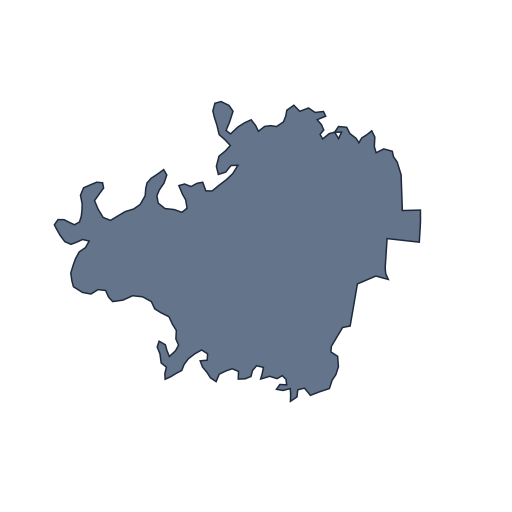 outline of Paraíso, Santa Catarina, Brazil, rotated 58°
{"feature_id": "56859067B88081254239904", "entity_name": "Paraíso", "entity_type": "district", "adm_level": 2, "iso_a3": "BRA", "parent_name": "Brazil", "parent_adm1": "Santa Catarina", "projection": "mercator", "projection_center": [-53.691, -26.665], "detail": "fine", "context": "isolated", "style": "filled", "palette": "slate", "viewbox_px": 512, "rotation_deg": 58, "n_neighbors": 0, "source": "geoboundaries", "source_scale": "gbopen_adm2", "svg_char_len": 2799}
<svg xmlns="http://www.w3.org/2000/svg" viewBox="0 0 512 512"><g transform="rotate(58 256 256)"><path d="M397.5,303.8L397.2,295.9L391.6,291.5L393.8,284.9L403.0,283.7L404.7,274.7L407.3,264.0L401.7,257.3L398.9,251.1L393.5,244.7L384.3,239.9L377.0,243.3L372.5,239.9L362.5,220.4L365.3,213.3L333.4,184.8L336.5,165.0L346.0,156.2L339.8,155.4L334.6,152.8L310.7,135.6L330.8,110.2L318.2,101.2L313.7,98.1L304.2,92.2L295.0,107.8L264.0,89.9L251.1,86.5L244.7,86.8L239.4,84.9L232.9,90.9L232.1,99.4L226.0,97.7L218.1,92.2L211.1,91.5L211.9,97.7L211.9,103.7L214.5,108.8L209.2,108.8L201.9,111.5L194.9,110.9L189.9,117.4L192.7,123.7L191.0,129.0L192.1,137.4L186.8,137.2L185.1,131.8L179.2,130.9L172.8,131.9L174.4,122.8L169.2,122.2L165.6,129.8L158.3,133.0L156.5,142.2L148.2,144.0L148.7,152.6L153.1,156.6L156.8,161.6L157.1,170.0L153.2,174.5L150.7,180.0L151.5,187.9L145.3,187.2L137.9,187.9L137.0,195.1L137.0,202.9L139.0,212.9L133.6,214.8L128.3,207.3L121.1,198.8L114.0,199.1L106.5,203.8L104.7,209.9L110.1,215.7L115.9,217.7L124.3,219.8L133.6,222.9L141.1,220.7L148.7,219.2L150.7,226.4L151.7,234.5L159.0,242.1L166.9,244.7L168.8,237.3L166.0,229.3L169.5,223.3L173.8,232.0L175.6,240.9L176.5,250.5L177.6,258.7L174.2,264.0L165.2,262.1L163.1,267.5L162.7,274.3L157.1,278.4L155.4,284.1L164.7,285.6L171.1,285.9L178.9,289.1L179.7,295.7L173.3,300.7L167.5,308.1L159.3,310.9L152.4,308.1L148.8,303.1L145.4,295.3L140.0,288.7L133.8,288.5L134.4,296.9L134.5,303.7L136.3,309.7L140.3,313.7L146.2,318.1L150.9,326.9L151.3,334.8L149.0,343.5L148.8,352.9L148.7,360.5L142.3,365.2L132.7,365.1L123.5,363.6L120.2,355.8L117.6,349.2L112.6,347.3L109.0,352.0L107.9,358.6L106.8,366.1L111.5,372.7L119.7,375.8L125.2,379.5L129.9,383.3L133.6,387.7L133.3,393.4L128.1,396.8L123.5,399.5L120.2,404.6L122.7,410.5L128.1,410.9L134.7,411.2L142.6,410.5L148.1,406.7L149.3,400.5L150.1,394.3L154.9,389.6L158.5,396.1L158.8,403.7L162.7,410.6L166.9,415.9L172.4,422.2L179.5,425.3L185.3,427.1L194.9,422.5L200.8,416.1L200.8,407.8L205.5,401.8L212.8,402.8L218.7,401.7L222.9,392.3L224.3,381.7L230.4,373.9L239.2,368.9L247.2,369.9L253.7,366.7L261.4,362.0L269.4,363.0L276.9,363.0L283.9,367.9L290.6,368.9L293.7,374.5L295.3,382.7L289.2,381.7L283.3,379.9L276.9,383.3L280.8,388.0L288.1,389.3L296.4,393.1L302.8,390.9L307.4,395.6L312.4,398.4L313.2,392.3L313.2,386.5L313.7,379.6L309.8,374.3L307.3,367.7L306.5,359.5L306.9,351.9L313.3,348.9L318.5,352.6L315.3,358.9L321.7,360.2L329.2,359.2L335.1,359.2L341.4,356.4L336.7,349.8L337.6,342.0L339.0,336.0L344.6,332.0L351.0,336.3L354.4,330.3L355.5,324.1L351.3,319.7L349.4,313.7L354.4,308.7L358.9,312.9L362.8,317.3L365.3,308.1L371.2,303.1L371.4,297.1L376.5,295.9L381.5,298.3L377.6,303.8L379.9,309.3L384.3,304.4L386.6,297.2L391.8,300.0L397.5,303.8ZM192.7,123.7L196.3,117.8L200.2,123.8L192.7,123.7Z" fill="#64748b" stroke="#1e293b" stroke-width="1.5"/></g></svg>